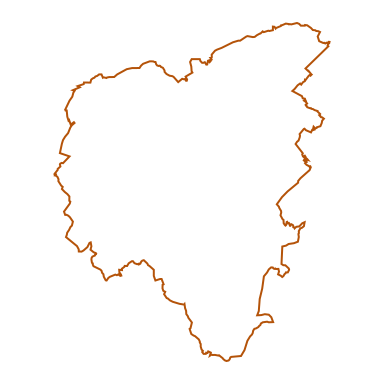 the district of Acultzingo, Veracruz, Mexico
{"feature_id": "50627088B7660933321092", "entity_name": "Acultzingo", "entity_type": "district", "adm_level": 2, "iso_a3": "MEX", "parent_name": "Mexico", "parent_adm1": "Veracruz", "projection": "mercator", "projection_center": [-97.266, 18.708], "detail": "fine", "context": "isolated", "style": "outline", "palette": "amber", "viewbox_px": 384, "rotation_deg": 0, "n_neighbors": 0, "source": "geoboundaries", "source_scale": "gbopen_adm2", "svg_char_len": 5876}
<svg xmlns="http://www.w3.org/2000/svg" viewBox="0 0 384 384"><path d="M66.0,237.1L77.0,246.1L78.7,249.3L78.8,251.5L81.6,251.6L83.5,250.5L87.4,247.1L89.5,242.9L90.7,242.4L91.4,246.3L90.5,249.7L93.7,252.3L95.7,253.0L96.2,253.6L96.0,254.2L95.1,254.6L94.9,255.5L92.4,256.6L91.6,257.9L91.4,259.4L91.9,262.5L92.2,263.1L92.8,263.4L92.8,264.6L93.5,266.2L100.4,269.6L101.5,270.7L102.1,272.8L103.4,274.2L103.8,276.7L105.7,280.3L106.6,280.5L108.4,277.9L109.9,276.8L115.3,274.6L116.9,275.2L118.7,274.2L118.9,274.9L120.3,275.9L121.3,275.6L120.9,274.5L119.4,272.4L119.2,269.8L122.0,270.1L121.9,268.7L124.3,266.9L124.7,265.9L127.1,266.0L128.7,263.3L131.9,261.2L132.9,261.2L134.5,263.2L137.2,264.2L138.8,263.7L139.0,264.4L140.3,263.7L141.3,261.5L142.4,260.6L143.8,260.2L147.4,263.6L148.0,265.1L149.5,266.0L153.8,269.8L153.8,275.9L155.4,280.5L160.1,279.0L161.6,279.0L163.6,284.3L162.6,284.8L162.5,288.4L163.3,290.8L165.2,291.8L164.1,294.2L166.7,298.1L167.7,298.4L170.0,300.4L172.8,301.8L179.4,303.8L184.1,304.6L184.5,304.1L185.1,308.2L186.1,310.8L186.3,314.1L187.9,316.3L188.3,317.7L191.9,322.5L190.5,328.2L189.6,328.9L191.3,334.0L193.5,335.5L195.1,336.2L198.8,339.4L199.8,341.5L199.8,342.5L200.7,344.0L200.7,346.6L201.6,349.6L202.9,350.9L202.2,352.0L203.6,353.9L205.8,353.9L206.2,352.7L207.5,353.0L208.2,351.4L210.8,352.6L209.9,355.7L211.5,354.6L212.6,355.0L214.9,354.9L218.6,355.6L219.0,355.3L222.7,358.2L223.2,359.0L224.9,360.4L226.5,361.0L228.6,360.5L229.6,359.4L230.3,357.5L231.2,356.9L241.0,356.0L244.5,350.1L247.4,340.8L250.1,336.4L251.9,334.6L252.7,333.1L253.2,330.6L254.4,328.8L255.8,328.5L258.3,327.1L259.2,325.9L260.3,325.1L260.9,323.5L262.8,322.3L267.1,321.7L268.8,322.3L273.1,322.1L271.3,317.2L268.8,314.7L264.8,314.2L261.2,315.1L257.2,315.3L258.8,311.0L259.7,299.0L262.2,288.6L263.9,276.3L267.0,272.6L268.8,269.4L271.1,267.4L272.8,267.5L273.3,268.3L274.3,268.9L275.3,268.5L275.8,269.0L278.4,268.9L279.0,271.6L278.1,274.4L280.8,275.7L282.2,277.0L283.4,276.1L284.6,274.0L285.5,273.4L285.9,272.4L287.8,272.4L289.1,269.8L288.8,268.5L285.4,265.3L283.3,265.2L281.5,264.0L282.3,246.5L286.1,245.6L288.6,244.0L293.9,243.2L297.9,241.7L298.8,237.0L298.4,234.0L298.9,233.1L298.8,231.1L300.3,228.4L301.9,227.8L303.9,226.2L304.6,222.2L302.3,223.2L299.3,226.4L296.3,226.8L294.6,228.4L294.2,227.4L293.3,227.2L293.2,225.7L292.8,225.0L291.2,224.2L290.4,225.8L290.0,225.8L288.9,223.0L287.9,223.3L287.2,221.8L286.7,222.0L286.1,225.0L285.5,225.6L285.0,225.2L283.7,223.3L283.5,219.9L282.5,219.1L280.5,215.3L281.2,212.7L281.1,211.0L279.3,208.0L278.9,206.7L276.8,204.3L282.0,197.1L287.6,191.4L298.1,182.7L298.2,180.9L300.5,178.2L309.6,170.1L310.7,167.4L309.9,167.3L310.0,166.3L309.4,166.4L306.5,164.8L305.0,163.2L305.6,162.4L306.7,162.0L306.5,161.1L306.1,160.9L305.0,161.3L303.8,160.4L304.1,159.9L305.2,160.3L305.2,159.4L304.7,159.3L304.7,158.8L307.9,159.9L307.0,158.8L305.8,158.2L305.8,157.3L304.8,155.7L304.3,156.0L304.4,157.0L303.6,157.0L302.9,156.3L302.2,154.4L302.8,153.3L295.6,144.0L297.1,141.7L298.5,140.6L299.7,137.4L300.0,135.7L299.6,134.1L303.8,129.0L304.5,128.7L305.9,130.2L311.0,132.4L312.2,129.8L312.8,129.8L312.8,130.2L314.4,129.6L314.0,129.0L313.1,128.7L313.6,126.7L315.3,128.5L316.7,127.9L316.8,127.3L320.4,126.2L321.7,123.1L322.2,120.6L323.9,118.7L322.2,117.4L321.0,117.2L319.8,115.8L320.2,115.8L319.5,114.7L320.1,114.0L317.4,111.4L317.5,111.0L314.6,110.1L313.0,109.1L311.3,108.8L310.9,108.1L309.6,108.1L307.2,107.2L306.8,106.1L306.1,105.8L305.6,104.9L307.1,103.5L305.6,101.7L306.0,101.3L305.7,100.7L305.0,101.3L304.0,100.6L305.2,99.6L304.9,98.7L302.7,98.3L302.0,96.2L292.4,91.0L294.7,88.9L297.6,85.3L300.1,83.5L301.2,84.6L303.0,82.2L304.8,81.2L304.9,80.2L305.2,80.5L308.7,75.8L309.7,75.0L310.5,75.7L311.6,74.6L310.7,74.0L310.9,73.8L308.5,70.9L308.3,71.1L305.5,68.5L328.0,46.6L328.3,46.3L327.6,45.7L327.8,44.9L328.6,43.5L329.2,43.2L329.5,41.9L328.7,41.8L327.3,43.1L326.5,42.7L325.2,43.5L324.3,42.8L323.3,43.0L319.2,41.2L317.7,36.5L320.0,32.0L318.3,31.2L316.2,31.0L315.4,30.3L312.8,30.0L311.0,28.0L307.2,25.3L305.0,25.0L304.8,25.7L300.9,25.7L299.2,23.9L297.0,23.0L291.3,24.4L289.7,24.1L289.0,24.4L288.5,24.0L285.8,23.6L282.1,25.2L281.1,25.3L280.9,26.0L276.1,28.0L275.6,28.6L274.5,26.8L272.9,26.6L272.9,30.2L269.3,31.0L268.3,30.7L264.3,32.0L263.4,32.1L262.7,31.4L260.5,33.5L260.0,33.5L256.9,35.2L254.7,36.9L252.9,37.1L247.5,36.1L246.2,36.6L240.1,40.7L238.2,40.7L232.9,42.3L221.6,47.9L217.1,49.6L215.0,50.7L211.7,54.6L211.8,57.2L211.4,58.0L210.5,58.0L211.5,59.5L209.5,60.2L210.6,61.0L209.6,62.2L208.8,61.3L207.9,61.1L207.2,64.5L206.3,64.6L204.8,62.2L203.4,62.8L202.1,62.8L200.4,61.0L199.8,59.1L191.7,59.1L190.1,62.0L191.3,66.6L191.6,71.1L192.4,72.6L185.6,76.6L187.1,79.5L186.8,80.7L186.1,80.8L184.9,79.0L184.0,79.3L182.2,78.8L178.2,82.1L173.7,77.0L172.5,76.2L169.6,75.7L166.5,74.0L164.6,71.9L164.5,70.4L162.9,67.8L160.9,66.9L160.3,66.0L159.7,65.7L158.8,66.0L157.2,65.5L156.2,64.3L155.5,62.0L154.5,62.0L153.2,61.4L149.8,61.3L143.1,63.8L141.1,65.6L139.5,68.0L131.9,68.1L126.7,69.2L117.2,74.4L114.2,77.0L109.1,77.1L107.0,77.5L106.5,78.0L103.5,77.3L102.9,77.7L101.5,74.4L99.1,74.4L97.2,75.9L95.4,76.5L94.4,77.7L92.9,78.3L91.2,79.6L90.4,82.6L84.0,82.5L83.7,84.1L77.7,86.1L79.7,87.3L72.9,90.2L74.6,90.8L73.4,92.6L72.3,96.7L69.5,100.7L65.2,109.7L65.8,110.0L65.8,110.5L66.7,110.5L67.3,116.7L68.5,120.6L69.1,120.0L70.7,124.6L73.9,122.2L74.5,123.0L71.8,125.3L70.3,127.6L68.1,133.1L65.1,136.7L63.0,140.1L61.9,143.7L59.9,153.1L69.5,156.4L63.0,163.2L61.7,162.9L60.2,163.7L59.9,164.5L60.4,166.5L57.7,168.9L57.7,169.9L54.5,173.9L54.5,174.1L55.9,174.2L56.0,174.4L55.1,175.5L56.0,175.7L57.4,176.8L58.5,179.2L58.4,181.2L61.2,185.6L62.7,186.9L61.9,189.0L64.8,192.0L67.4,194.1L69.4,196.5L69.3,200.8L70.3,201.6L69.8,203.6L64.0,211.6L65.2,214.9L66.5,214.8L68.3,215.7L69.9,217.2L72.9,221.6L71.9,225.6L70.4,227.1L69.1,229.9L67.2,232.7L66.8,234.9L66.0,237.1Z" fill="none" stroke="#b45309" stroke-width="2"/></svg>